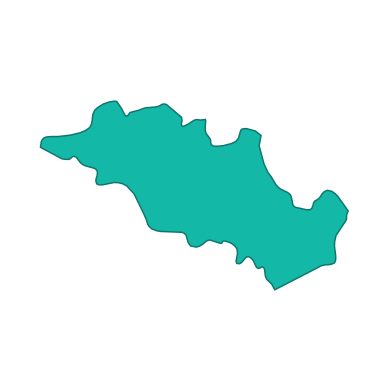 outline of Oum el Bouaghi, rotated 10°
{"feature_id": "DZA-2221", "entity_name": "Oum el Bouaghi", "entity_type": "Province", "adm_level": 1, "iso_a3": "DZA", "parent_name": "Algeria", "parent_adm1": "", "projection": "robinson", "projection_center": [7.045, 35.82], "detail": "fine", "context": "isolated", "style": "filled", "palette": "teal", "viewbox_px": 384, "rotation_deg": 10, "n_neighbors": 0, "source": "natural_earth", "source_scale": "10m", "svg_char_len": 2376}
<svg xmlns="http://www.w3.org/2000/svg" viewBox="0 0 384 384"><g transform="rotate(10 192 192)"><path d="M58.1,181.9L35.0,174.3L34.9,168.4L35.4,166.7L36.7,164.5L38.9,163.2L42.5,162.1L50.7,160.6L62.4,157.1L71.8,153.0L77.0,149.5L80.2,146.1L81.2,142.7L81.3,139.3L80.9,132.6L82.1,128.2L84.7,124.9L89.6,120.6L95.1,117.6L97.9,116.6L100.7,115.9L102.3,116.0L108.1,122.0L112.6,127.9L113.4,128.4L114.8,128.5L115.8,127.4L116.4,126.0L116.8,125.1L117.1,124.5L125.7,120.6L129.0,118.5L132.1,117.0L141.1,114.7L143.3,113.9L145.4,112.5L147.0,111.1L149.1,110.1L151.7,110.3L168.7,120.2L169.8,123.4L169.7,126.6L170.3,128.6L172.1,128.9L175.9,126.3L181.4,121.1L184.1,119.8L187.8,119.7L192.6,118.3L193.2,120.1L193.6,124.7L194.1,127.8L195.0,130.8L196.6,132.8L198.7,134.6L200.6,136.6L201.5,138.4L201.9,140.3L202.8,142.0L205.1,143.1L210.1,142.3L215.1,140.8L222.5,137.4L226.3,134.7L228.5,130.8L229.1,124.2L229.7,121.9L231.6,120.8L234.6,120.1L243.8,120.9L250.2,124.4L250.1,134.8L258.0,151.8L263.5,159.7L267.0,162.9L273.4,170.2L276.2,172.4L278.9,173.8L286.4,175.9L289.4,177.6L291.0,180.5L293.9,187.7L296.3,189.1L308.1,189.6L311.5,188.9L312.9,187.1L313.5,184.3L313.6,181.7L314.4,179.8L317.7,176.8L319.3,174.3L320.4,171.3L322.3,168.6L325.1,166.8L329.7,167.1L333.3,168.8L336.3,170.9L349.1,183.5L348.3,187.1L348.3,187.8L348.4,189.1L348.9,191.8L348.5,193.6L341.4,209.8L341.1,215.7L341.7,220.6L344.6,229.9L345.3,233.9L344.7,237.1L341.5,239.1L338.6,240.0L335.6,240.7L332.7,241.8L290.5,273.9L286.4,268.8L281.0,265.2L279.5,263.2L278.7,261.6L276.9,255.5L275.4,253.8L273.9,253.6L272.1,255.0L270.7,255.8L268.6,255.0L263.9,248.5L261.2,246.6L258.8,245.8L256.7,246.9L255.2,249.1L253.4,252.4L251.5,254.3L248.4,254.6L247.4,252.4L247.5,244.6L246.2,240.3L243.5,237.6L239.7,235.7L236.3,234.9L232.3,234.6L231.5,234.7L230.9,235.5L230.7,236.1L230.4,236.7L229.8,237.4L228.5,237.6L218.3,236.2L216.5,236.6L214.5,238.0L212.3,240.8L209.4,243.6L205.9,245.5L200.0,245.4L197.2,242.8L193.5,235.3L191.3,233.9L189.3,233.4L167.1,236.4L163.3,236.2L158.6,235.2L156.0,233.6L154.1,231.5L151.7,227.0L148.4,222.0L135.4,204.0L126.5,197.2L122.1,195.9L118.0,195.6L113.9,196.1L102.9,200.4L99.5,201.1L96.7,200.5L95.4,197.8L95.3,195.1L95.7,192.3L95.6,190.1L94.9,187.5L93.1,186.2L91.6,185.6L82.3,184.7L79.4,183.9L76.9,182.4L71.9,177.8L69.8,177.3L68.1,178.1L65.5,181.2L61.5,181.8L58.1,181.9Z" fill="#14b8a6" stroke="#0f766e" stroke-width="1.5"/></g></svg>